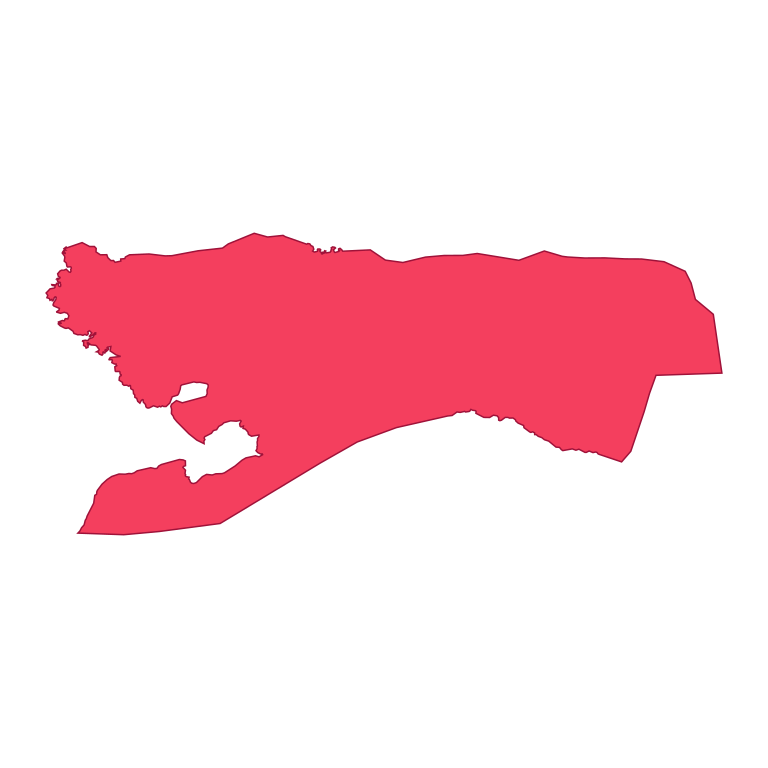 Tes, Uvs, Mongolia (Robinson projection)
{"feature_id": "93677404B95477416374821", "entity_name": "Tes", "entity_type": "district", "adm_level": 2, "iso_a3": "MNG", "parent_name": "Mongolia", "parent_adm1": "Uvs", "projection": "robinson", "projection_center": [93.296, 50.387], "detail": "fine", "context": "isolated", "style": "filled", "palette": "rose", "viewbox_px": 768, "rotation_deg": 0, "n_neighbors": 0, "source": "geoboundaries", "source_scale": "gbopen_adm2", "svg_char_len": 5968}
<svg xmlns="http://www.w3.org/2000/svg" viewBox="0 0 768 768"><path d="M77.9,533.1L123.8,534.7L159.2,531.5L220.1,523.5L320.0,463.2L357.2,442.0L396.4,427.6L447.6,416.0L452.1,415.5L457.0,412.0L460.2,412.4L464.6,411.4L465.6,412.0L469.0,411.5L469.8,411.1L470.9,409.4L472.4,410.2L475.6,410.7L476.1,411.5L475.9,413.3L483.9,417.4L489.6,417.5L493.4,415.2L497.1,415.8L498.6,417.6L498.7,420.2L499.9,420.7L501.5,420.2L505.2,417.4L507.9,417.4L509.5,418.1L513.0,418.0L515.4,419.7L515.8,421.0L518.1,423.1L523.6,425.5L524.0,427.7L529.8,432.0L530.9,432.4L532.6,431.8L534.6,432.8L534.7,434.6L536.2,434.6L538.2,436.3L541.8,437.6L544.4,439.7L548.7,441.1L556.0,447.1L559.5,447.4L561.4,449.7L562.8,450.6L572.3,448.9L575.9,450.2L578.9,449.2L585.0,452.4L586.3,452.4L589.1,451.0L593.0,452.6L595.7,452.0L597.1,452.5L598.0,453.8L599.0,454.3L621.6,461.9L630.8,451.3L644.1,411.8L649.5,393.4L656.0,375.3L721.9,373.1L713.3,314.3L695.4,299.4L691.1,283.0L685.2,271.3L664.0,261.7L641.4,259.0L625.3,258.9L605.0,257.9L584.6,258.0L567.6,257.0L562.2,256.3L544.3,251.0L518.9,260.3L477.2,253.5L462.9,255.4L444.0,255.5L425.5,257.1L402.9,262.5L385.4,260.1L370.3,249.9L342.7,251.2L341.7,249.7L340.0,248.3L338.6,248.9L338.6,250.3L339.5,250.5L338.9,251.4L335.0,252.5L334.5,252.3L333.4,249.9L335.5,248.0L334.8,247.3L332.6,246.9L331.2,247.8L331.6,249.1L330.9,250.2L331.1,250.9L330.0,252.3L326.0,252.9L325.0,252.1L325.8,251.1L324.7,250.7L324.1,251.7L324.2,252.8L322.5,252.3L322.3,253.2L322.9,253.6L322.1,254.0L321.5,253.7L321.4,252.5L320.0,251.6L319.8,250.8L320.7,249.9L319.9,249.0L317.8,249.0L317.4,249.6L317.8,250.6L317.4,251.3L314.4,252.1L312.6,251.1L313.8,249.2L313.5,248.2L312.9,246.5L311.0,245.6L309.8,243.9L307.8,243.5L306.7,244.2L285.3,236.7L283.1,235.4L267.6,237.0L254.2,233.3L228.3,243.9L222.5,248.1L198.0,250.8L171.9,255.7L165.2,255.9L149.1,254.0L129.5,254.8L125.4,257.0L124.8,258.6L120.7,259.0L120.8,261.1L115.1,262.3L113.5,260.5L111.0,260.6L109.8,259.6L107.8,257.6L106.8,254.7L100.4,254.8L96.0,251.9L96.2,248.4L94.4,246.5L89.6,246.5L82.1,242.6L66.7,247.9L66.1,247.0L63.9,248.7L64.2,249.1L65.3,248.6L64.9,249.6L65.6,250.1L63.8,250.4L63.5,250.9L64.2,251.7L62.3,251.6L65.8,253.7L62.6,252.6L62.2,253.0L64.5,256.0L64.8,257.4L64.2,261.1L66.3,263.0L66.9,266.3L67.5,267.0L70.5,266.8L71.2,267.3L71.3,268.3L70.7,269.5L71.0,271.2L70.3,272.3L69.3,272.2L66.2,269.2L64.0,270.2L61.5,270.2L60.0,271.0L57.6,273.8L58.4,276.5L59.9,277.2L60.1,277.8L58.9,278.5L57.3,278.4L56.7,279.0L58.3,279.3L57.2,280.2L57.8,281.6L60.3,282.5L60.1,283.5L60.7,284.3L60.7,286.0L60.0,286.6L58.9,286.2L58.5,285.3L58.5,283.2L56.5,283.4L56.6,284.4L55.4,284.9L51.8,284.6L52.1,285.4L55.0,286.0L55.0,287.4L54.1,288.1L50.1,288.8L46.1,293.0L47.8,295.3L46.9,297.7L49.4,298.6L50.0,300.3L51.8,299.4L52.2,300.8L52.8,300.8L53.9,299.2L54.2,297.7L55.2,296.8L56.2,297.3L55.9,299.5L53.7,302.7L53.0,305.0L53.8,306.0L59.4,308.4L59.0,310.1L56.7,311.7L56.8,312.2L60.5,313.3L64.3,312.3L67.3,313.3L68.9,315.8L67.8,318.9L65.7,318.6L64.8,319.2L64.9,319.8L64.2,320.8L62.3,320.5L58.4,322.0L58.6,322.7L60.7,322.6L61.1,323.3L60.6,323.6L58.9,323.2L58.3,323.5L58.3,324.0L60.2,325.8L64.5,328.0L66.0,328.4L68.4,327.9L73.1,331.3L73.9,333.4L77.8,334.8L80.3,334.6L83.0,335.3L85.0,334.4L86.5,335.2L87.6,334.9L88.3,333.5L87.8,331.7L89.4,330.7L91.8,332.9L89.5,336.1L89.4,336.7L90.0,336.9L93.8,334.2L94.8,332.9L95.7,332.8L95.7,334.1L93.7,335.3L93.4,336.8L92.3,337.7L89.1,338.9L88.2,340.2L87.2,340.6L85.4,340.2L82.7,340.7L82.5,341.2L83.7,342.1L83.6,345.4L85.5,346.5L86.1,348.1L88.0,347.3L88.1,345.4L88.8,344.9L87.5,344.0L87.3,342.9L88.0,342.6L91.0,344.9L95.5,345.3L96.6,346.0L99.2,349.5L98.8,350.5L96.5,351.8L98.2,352.1L99.4,354.1L102.0,355.2L103.0,354.0L102.9,352.2L103.3,351.9L104.8,353.0L105.5,351.7L105.0,350.5L105.3,349.7L106.4,349.4L106.1,350.6L106.5,351.3L108.6,349.3L108.6,348.6L107.1,347.7L107.4,347.2L110.9,346.5L110.1,350.9L116.1,354.9L120.7,356.4L110.2,357.6L109.0,359.4L109.2,359.8L111.9,359.6L112.3,360.6L111.8,362.6L114.4,364.0L116.2,364.1L116.1,365.0L116.7,365.7L114.8,366.8L115.2,371.0L115.7,371.5L119.5,371.5L119.9,371.9L120.1,374.0L121.2,374.8L121.1,375.7L120.1,376.0L119.4,377.3L119.1,380.2L122.4,382.4L122.6,384.2L124.0,385.3L126.8,385.2L128.8,386.2L129.8,385.4L130.4,385.6L130.8,388.7L133.2,390.2L133.5,393.7L134.7,394.8L134.9,397.4L136.7,398.3L137.7,401.3L139.9,403.2L141.2,400.6L142.4,399.6L143.1,399.8L143.3,402.1L145.5,404.5L145.9,406.6L146.5,407.5L148.0,408.1L149.5,407.8L153.5,405.8L157.6,407.2L159.4,406.2L160.8,406.9L162.4,405.8L163.7,406.5L166.1,406.5L169.8,403.0L172.2,396.8L177.6,395.1L178.6,393.7L180.2,389.2L180.7,385.8L181.8,384.9L193.9,381.9L196.6,382.5L199.9,382.3L206.8,383.7L208.2,385.0L208.1,387.2L207.0,390.0L207.2,393.7L205.9,396.4L182.3,402.8L176.4,400.6L171.7,404.2L170.8,406.3L171.6,409.2L171.4,413.6L173.2,416.1L174.0,418.2L176.8,421.6L188.8,433.7L196.8,440.1L204.1,443.7L203.9,441.1L204.9,439.6L204.1,438.1L204.7,436.7L211.4,433.3L213.4,430.6L216.6,429.7L218.7,426.4L222.1,424.5L223.8,422.8L230.6,420.8L236.5,421.2L240.3,420.4L241.2,421.1L239.6,423.9L240.1,426.3L241.1,427.0L243.4,426.1L243.0,428.4L245.2,429.1L246.6,430.5L248.1,432.4L248.2,433.8L248.9,434.7L251.5,436.2L258.9,435.0L258.9,436.5L257.5,438.6L257.6,440.3L257.1,442.0L257.4,446.1L257.0,446.5L257.1,448.6L256.0,450.7L257.8,452.6L260.6,454.0L262.2,453.9L262.6,454.7L259.1,456.8L255.5,455.8L245.9,457.9L242.0,460.2L235.1,466.0L224.5,472.8L222.1,473.6L215.8,473.8L212.2,475.0L206.6,474.4L202.3,476.7L196.4,482.6L193.8,483.5L191.6,483.2L190.4,482.1L189.4,479.5L188.6,479.0L189.1,477.2L186.2,476.6L185.3,475.8L185.6,474.6L185.0,473.6L185.5,470.2L182.9,467.4L183.5,466.4L185.5,465.7L185.4,460.9L183.1,459.9L179.4,459.5L161.4,464.5L158.7,466.0L156.9,468.4L154.8,468.6L150.7,467.7L137.2,470.8L134.2,472.8L131.7,473.7L128.9,473.5L125.2,474.2L119.0,474.0L111.7,476.5L107.2,479.5L102.0,484.2L97.5,490.2L96.9,491.4L96.5,494.4L94.8,495.3L93.7,503.2L87.1,516.1L86.3,518.7L85.3,520.2L84.1,524.9L81.6,527.7L79.9,531.0L77.9,533.1Z" fill="#f43f5e" stroke="#9f1239" stroke-width="1.5"/></svg>